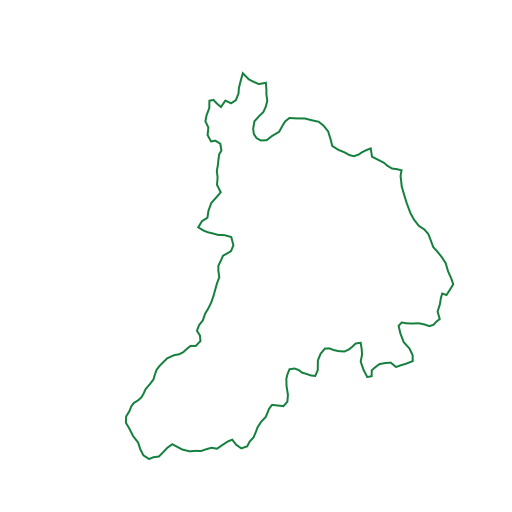 Itajubá, Minas Gerais, Brazil (Equal Earth projection), rotated 161°
{"feature_id": "56859067B47233930610196", "entity_name": "Itajubá", "entity_type": "district", "adm_level": 2, "iso_a3": "BRA", "parent_name": "Brazil", "parent_adm1": "Minas Gerais", "projection": "equal_earth", "projection_center": [-45.407, -22.44], "detail": "fine", "context": "isolated", "style": "outline", "palette": "green", "viewbox_px": 512, "rotation_deg": 161, "n_neighbors": 0, "source": "geoboundaries", "source_scale": "gbopen_adm2", "svg_char_len": 2975}
<svg xmlns="http://www.w3.org/2000/svg" viewBox="0 0 512 512"><g transform="rotate(161 256 256)"><path d="M433.3,140.7L432.0,134.3L430.8,125.6L428.2,118.0L428.3,110.8L427.4,104.2L423.2,98.9L418.3,99.1L413.1,98.0L408.5,100.3L402.3,103.5L396.5,105.3L392.8,101.4L388.7,97.0L382.3,92.9L376.2,91.3L371.5,89.5L366.4,89.5L360.6,89.2L355.6,86.5L349.0,88.3L343.0,89.8L338.3,90.1L336.2,84.0L332.5,78.9L326.3,78.9L322.4,82.6L317.4,85.3L313.3,89.8L310.2,93.6L304.8,97.8L299.3,100.6L296.3,103.9L293.3,107.4L289.2,110.0L284.0,107.5L278.9,105.1L273.8,108.0L271.0,114.4L269.5,123.0L267.3,130.0L264.8,133.9L261.2,138.0L256.3,137.1L252.9,134.4L250.4,130.7L247.0,128.3L243.0,125.2L239.1,123.3L234.8,127.9L231.5,137.1L226.7,142.6L221.0,146.0L216.6,144.7L213.3,141.9L208.8,139.1L203.4,136.9L198.6,137.4L194.9,138.7L190.2,140.8L185.3,139.9L186.3,133.9L187.7,128.5L191.4,122.1L191.4,113.3L190.2,105.3L185.8,104.7L183.8,110.2L179.5,112.0L174.5,113.6L168.5,112.7L163.3,111.3L159.8,105.5L154.3,105.5L149.1,105.3L142.0,105.6L140.2,111.3L141.0,118.5L144.4,126.5L144.7,135.8L143.9,143.5L139.9,145.7L135.9,143.5L130.9,141.5L123.8,139.3L118.8,136.3L114.8,133.2L110.6,133.2L106.8,135.2L102.8,136.6L102.4,144.3L97.9,150.4L94.8,156.2L92.1,159.9L88.6,157.1L83.2,161.3L78.7,165.1L78.7,171.4L79.4,178.9L79.0,187.5L80.7,194.4L83.1,201.1L85.5,206.6L85.7,214.4L85.9,220.7L88.2,226.3L92.3,231.6L94.8,239.1L96.0,246.0L96.3,257.1L96.0,265.3L95.6,274.2L94.4,279.4L93.3,284.5L90.5,289.7L95.0,292.5L98.9,294.4L102.2,298.3L104.7,302.5L109.5,307.5L114.0,312.1L112.5,320.4L117.1,320.2L121.9,319.6L126.0,318.5L131.0,318.5L134.8,321.0L138.6,325.2L143.8,329.8L148.1,335.3L147.5,341.5L147.2,350.3L149.6,357.0L153.0,362.5L159.1,366.2L165.0,370.1L172.6,372.8L179.5,375.6L184.6,373.8L188.6,370.5L193.7,365.9L202.0,364.2L208.2,362.0L213.9,363.7L217.1,367.3L218.3,372.0L217.3,377.2L213.6,383.9L207.2,387.4L202.2,389.7L198.3,393.8L194.8,399.1L193.5,405.7L191.9,410.2L190.3,416.6L197.3,417.6L201.6,421.5L205.3,425.4L209.0,433.1L213.9,425.9L217.5,420.4L219.6,415.4L224.3,409.9L229.8,408.5L234.4,412.9L240.6,408.3L243.4,413.0L245.4,417.4L249.5,418.0L252.0,411.1L256.9,405.2L260.0,399.8L259.2,393.0L262.4,386.1L261.2,378.9L256.9,378.3L253.2,373.8L254.4,366.9L257.7,364.2L260.2,359.2L262.7,353.9L265.3,349.3L266.8,342.6L269.7,336.0L268.6,327.7L274.9,324.1L281.0,320.7L286.2,314.3L289.5,308.0L295.7,306.6L301.3,301.9L297.3,297.1L293.8,294.1L289.8,291.6L285.0,288.3L279.2,286.1L273.2,282.0L273.9,273.4L278.1,268.7L282.1,267.9L287.1,267.0L291.0,262.8L294.7,259.1L296.4,254.3L297.6,247.9L301.9,242.7L305.2,237.9L309.2,232.1L313.5,226.6L317.9,222.2L322.8,218.1L327.3,212.4L332.3,209.2L336.2,204.5L334.9,199.0L336.2,193.7L342.2,190.6L347.2,192.3L351.9,190.6L356.2,188.7L360.6,188.1L365.9,188.9L373.2,188.2L378.7,185.6L383.1,183.4L387.0,180.8L390.3,176.7L393.2,172.6L398.2,169.3L403.7,166.1L407.3,162.3L410.5,159.6L414.5,157.9L419.4,156.8L423.0,154.3L426.0,150.7L431.0,146.6L433.3,140.7Z" fill="none" stroke="#15803d" stroke-width="2"/></g></svg>